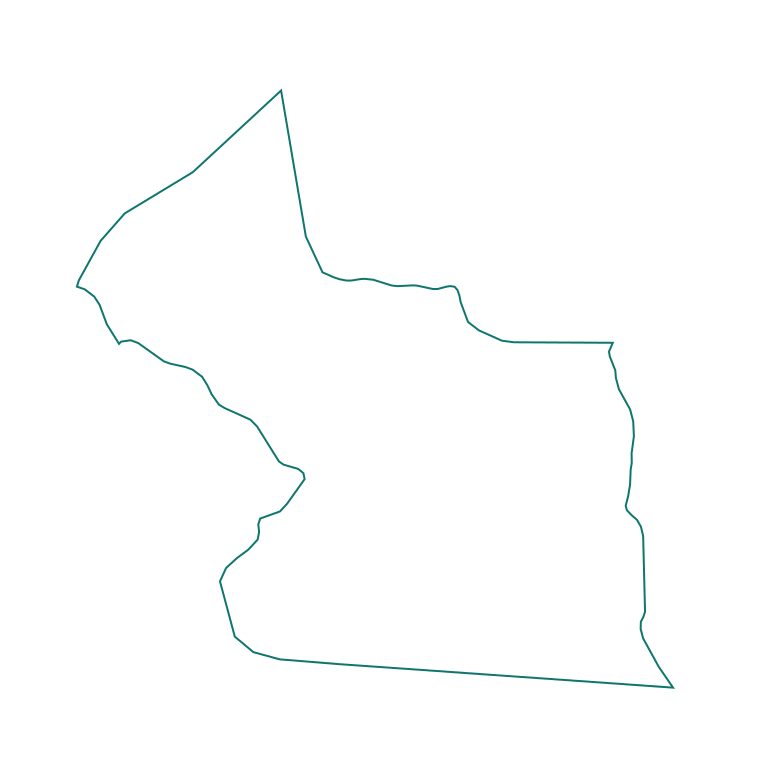 an SVG outline of Orange Walk, rotated 275°
{"feature_id": "BLZ-1326", "entity_name": "Orange Walk", "entity_type": "District", "adm_level": 1, "iso_a3": "BLZ", "parent_name": "Belize", "parent_adm1": "", "projection": "albers", "projection_center": [-88.77, 17.784], "detail": "fine", "context": "isolated", "style": "outline", "palette": "teal", "viewbox_px": 768, "rotation_deg": 275, "n_neighbors": 0, "source": "natural_earth", "source_scale": "10m", "svg_char_len": 1360}
<svg xmlns="http://www.w3.org/2000/svg" viewBox="0 0 768 768"><g transform="rotate(275 384 384)"><path d="M106.7,698.4L103.5,510.1L101.0,363.3L100.6,304.1L105.5,277.2L110.4,270.2L119.3,257.4L173.1,237.8L186.9,242.7L197.5,252.4L207.2,263.3L218.0,271.7L225.7,272.5L233.1,271.0L239.2,272.4L248.0,291.5L256.3,297.9L282.3,313.2L288.1,311.5L291.9,306.0L294.9,291.0L297.7,286.1L330.7,261.2L336.8,254.0L346.1,227.4L349.1,221.3L358.7,213.2L367.6,208.0L375.3,202.2L381.6,192.1L383.6,184.8L385.6,169.4L387.4,162.7L403.4,135.5L405.5,127.9L403.3,118.4L400.9,116.5L419.3,102.7L438.2,93.7L445.8,87.7L452.3,77.5L454.2,69.6L460.7,71.0L501.9,89.2L531.4,110.9L578.4,175.1L667.4,255.9L524.1,293.3L489.9,313.0L485.9,324.7L484.5,330.6L483.8,337.5L484.2,342.4L486.5,351.5L487.1,355.6L486.9,364.4L482.9,382.4L482.7,385.4L482.7,389.2L484.8,404.4L484.9,408.2L482.9,424.4L483.3,429.1L486.5,438.0L487.3,441.5L487.0,445.9L484.0,449.0L478.7,451.4L472.1,453.3L453.1,462.3L445.7,473.8L437.4,497.7L436.9,509.9L445.0,608.3L435.9,605.3L431.0,606.6L417.8,613.2L410.2,614.5L399.2,618.5L380.1,631.4L368.6,635.5L353.8,637.5L336.4,636.7L327.0,637.7L320.3,637.2L305.1,637.9L293.5,637.0L283.9,635.4L279.5,636.9L274.8,642.2L270.9,647.7L264.2,652.4L255.2,655.4L179.9,663.9L174.6,662.7L169.6,660.6L162.4,661.0L153.2,664.3L126.3,682.3L106.7,698.4Z" fill="none" stroke="#0f766e" stroke-width="2"/></g></svg>